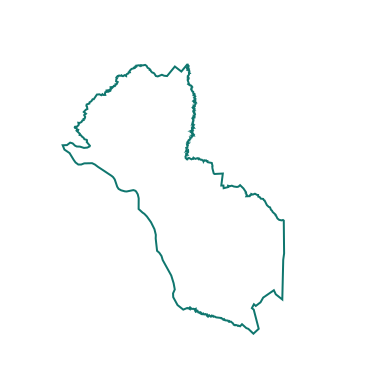 La Paz, Entre Ríos, Argentina (Natural Earth projection), rotated 307°
{"feature_id": "61730980B80741205900311", "entity_name": "La Paz", "entity_type": "district", "adm_level": 2, "iso_a3": "ARG", "parent_name": "Argentina", "parent_adm1": "Entre Ríos", "projection": "natural_earth1", "projection_center": [-59.387, -30.91], "detail": "fine", "context": "isolated", "style": "outline", "palette": "teal", "viewbox_px": 384, "rotation_deg": 307, "n_neighbors": 0, "source": "geoboundaries", "source_scale": "gbopen_adm2", "svg_char_len": 5997}
<svg xmlns="http://www.w3.org/2000/svg" viewBox="0 0 384 384"><g transform="rotate(307 192 192)"><path d="M160.5,328.8L192.7,305.7L198.4,302.5L224.4,282.5L224.4,281.5L223.3,280.7L222.2,278.4L222.3,276.1L223.5,273.8L223.6,272.8L224.2,272.5L224.6,268.4L225.2,267.2L225.4,265.6L226.7,263.6L226.3,262.4L226.6,259.7L228.9,255.1L228.7,254.5L229.3,253.0L228.1,250.9L228.7,249.1L228.2,247.7L229.4,246.6L228.8,245.6L228.5,243.3L226.5,242.1L226.1,240.5L225.1,240.9L224.2,240.2L223.4,240.6L221.3,238.0L222.6,237.7L222.8,236.8L224.1,235.5L223.9,235.2L224.4,235.0L225.8,231.0L226.4,226.3L224.3,225.9L223.1,224.9L221.6,222.2L221.0,220.0L219.5,218.8L218.7,217.1L217.8,218.0L214.1,215.0L216.1,213.2L214.8,211.5L225.3,205.5L220.0,199.2L219.9,198.2L223.0,194.3L224.6,192.8L225.1,192.8L227.1,190.3L225.3,186.7L225.3,186.2L226.0,185.7L225.5,185.0L225.7,184.1L224.8,183.5L224.7,182.7L223.6,182.8L223.9,182.5L223.5,181.6L223.7,180.4L222.9,179.3L223.0,177.4L222.2,177.5L222.2,175.9L220.5,174.8L220.3,173.4L219.6,173.2L219.9,172.5L219.0,172.6L217.8,171.9L217.4,169.1L216.4,168.5L215.3,168.7L215.0,168.1L215.5,167.7L215.3,166.5L216.5,165.4L217.7,165.3L218.5,164.7L218.5,165.3L218.9,165.0L219.1,165.5L219.4,164.7L221.1,164.9L221.2,163.9L222.2,164.4L223.0,163.7L221.7,162.9L222.1,162.9L221.8,162.4L222.7,162.1L223.8,160.9L224.5,161.7L225.3,161.2L226.9,159.5L227.1,160.1L227.5,159.6L228.4,159.8L228.0,159.3L229.1,159.2L229.0,158.3L230.8,158.3L231.4,158.8L231.6,158.2L233.5,158.7L234.0,158.2L234.5,158.4L234.7,157.9L235.3,158.8L236.9,158.5L237.3,159.2L237.2,158.4L237.9,159.2L238.0,158.5L238.9,158.9L239.2,157.7L238.7,157.9L238.6,157.0L239.2,156.8L239.2,156.1L239.7,156.6L240.6,156.1L239.4,155.5L240.2,155.7L240.7,155.3L240.2,154.4L241.8,155.3L241.9,154.6L242.6,154.6L242.6,153.8L243.7,153.2L244.1,153.3L243.6,153.8L244.0,154.3L244.0,153.6L244.7,154.1L245.0,153.1L246.2,153.1L245.8,152.5L246.6,152.0L246.1,151.5L246.7,151.4L247.0,151.8L247.2,150.9L248.6,150.8L248.6,150.4L250.3,150.0L250.3,149.4L251.1,149.1L250.7,148.9L251.0,148.2L251.4,148.5L251.5,148.0L253.1,147.7L253.3,148.4L253.8,147.7L254.1,148.4L255.0,147.6L256.4,147.9L255.8,147.4L256.4,147.0L256.1,146.3L256.7,145.2L257.0,145.6L257.7,144.4L258.4,144.9L258.4,144.3L259.3,144.3L259.4,143.2L260.1,143.4L259.9,141.7L260.3,141.7L260.4,142.1L261.5,141.5L261.3,142.3L262.1,142.7L262.9,142.0L264.3,141.9L265.0,141.3L265.0,140.8L265.7,141.4L265.9,140.8L265.1,140.0L265.8,139.7L265.8,139.4L265.5,139.6L265.2,139.5L265.5,139.5L265.4,138.3L266.6,138.6L267.0,139.6L268.5,138.6L268.2,137.7L269.2,137.3L269.1,136.8L270.4,137.0L270.6,135.7L271.1,135.5L270.5,134.9L271.7,134.5L271.4,133.8L272.8,132.6L272.5,131.8L273.2,130.2L274.1,129.7L273.9,129.3L275.2,128.8L276.0,129.0L276.5,127.4L276.0,126.7L276.3,125.5L275.9,125.3L275.9,124.0L276.8,124.1L278.7,121.3L279.6,121.3L279.7,120.6L281.0,120.8L281.2,119.5L281.7,119.6L282.1,118.9L283.8,119.0L284.8,118.3L285.5,118.7L285.7,117.6L286.7,117.4L287.4,116.6L287.1,116.1L287.7,115.8L287.2,115.2L287.7,115.2L287.4,114.8L287.8,114.1L287.4,114.1L287.9,113.3L288.9,113.4L288.7,114.4L290.6,113.5L290.5,112.6L290.8,112.6L291.2,111.9L290.8,111.4L281.8,111.0L281.9,102.8L269.6,102.3L268.1,99.8L267.5,97.4L263.7,95.1L262.9,93.3L263.9,90.7L264.0,89.6L263.5,88.5L263.7,86.7L264.4,85.4L264.0,84.7L264.8,84.0L264.5,81.8L265.4,79.8L265.3,78.1L263.4,76.4L262.9,75.4L262.2,75.4L262.2,74.7L261.4,74.7L261.4,73.5L259.4,71.5L259.0,71.9L258.3,71.4L258.1,71.9L256.6,70.9L256.3,71.5L254.0,69.7L252.4,69.4L250.7,69.4L250.2,70.3L249.3,69.4L248.3,69.8L247.2,69.1L246.0,68.9L245.0,69.6L244.7,67.8L243.0,67.2L242.6,66.4L242.8,65.5L242.0,65.2L241.1,63.6L240.0,63.6L239.8,62.8L237.9,62.7L237.6,63.7L236.7,63.6L234.7,64.8L235.1,66.5L232.8,66.9L231.9,66.0L231.0,66.7L230.0,66.6L229.7,65.7L228.4,65.7L226.7,63.9L226.2,64.4L226.6,65.5L224.7,65.2L224.6,64.8L223.9,64.6L224.2,65.7L223.7,65.9L221.5,64.7L221.3,64.0L222.3,63.3L221.6,62.6L220.5,63.5L219.6,62.7L218.2,63.2L217.3,64.3L216.0,62.6L216.2,61.6L214.7,61.3L214.3,59.3L212.6,57.4L206.9,57.7L206.2,56.8L204.0,57.0L201.9,56.2L200.9,56.8L198.5,55.2L197.2,55.8L197.0,56.7L195.3,58.5L193.8,57.7L190.8,57.4L190.7,60.2L188.5,59.6L187.7,61.5L186.0,62.1L185.1,61.4L184.2,62.2L183.3,61.4L181.4,61.6L179.5,60.7L178.9,59.6L177.6,61.1L175.2,60.9L173.7,59.3L173.1,59.4L172.8,60.0L173.4,61.4L172.8,62.5L173.2,63.7L172.9,63.8L172.3,62.7L171.5,62.8L171.0,67.4L169.9,67.9L170.5,69.2L170.0,71.0L170.1,72.6L169.4,74.3L170.3,76.6L169.5,77.6L168.6,77.8L167.5,82.6L166.8,82.8L164.5,81.7L162.2,79.2L160.8,75.2L159.0,72.6L158.6,70.8L159.0,67.4L158.1,65.0L154.2,63.9L151.5,60.6L149.1,64.6L149.4,70.8L146.4,78.3L145.5,81.2L145.5,84.6L147.3,87.0L150.0,88.7L154.9,94.9L155.5,98.0L155.5,101.7L156.5,118.0L156.4,120.1L155.5,122.8L151.2,129.1L150.3,131.5L150.7,134.4L152.2,138.2L153.2,139.6L158.2,144.0L158.8,145.6L158.8,147.0L157.5,150.1L154.9,153.2L146.3,159.6L145.8,164.9L145.9,167.0L145.3,170.7L143.2,177.4L139.7,184.4L136.0,188.9L133.0,191.0L124.0,199.5L123.8,202.4L122.5,206.2L120.0,209.6L112.8,225.7L108.1,232.2L103.8,236.9L99.6,237.9L96.7,240.3L93.0,248.5L92.8,255.8L96.5,258.0L96.6,258.8L97.5,259.4L97.1,260.1L97.2,260.9L97.6,260.7L97.8,259.7L98.7,259.8L98.5,262.2L99.7,263.6L99.8,264.4L100.9,265.2L100.1,265.6L100.2,266.4L99.5,266.0L99.4,266.9L98.8,266.6L98.6,267.1L100.4,268.0L99.6,269.4L99.9,270.3L100.4,270.3L100.9,270.9L100.4,271.4L101.0,271.8L100.8,273.1L100.3,273.2L100.9,274.2L101.7,274.2L101.6,275.5L102.6,276.2L102.6,277.2L103.3,277.6L102.9,278.7L102.2,278.6L102.1,279.8L103.9,279.9L103.7,281.7L105.0,282.1L104.6,282.7L105.7,283.4L105.4,284.3L106.2,285.0L106.4,286.7L109.0,291.2L108.7,291.5L109.2,293.0L108.8,293.9L109.2,294.7L109.7,294.6L109.5,295.8L110.9,298.0L110.6,299.1L111.3,299.5L110.9,300.1L111.9,301.1L111.7,304.0L111.1,305.1L111.4,306.5L111.8,306.5L112.6,307.9L112.7,309.4L113.3,309.6L113.7,311.2L116.5,311.5L116.0,317.3L116.6,319.3L115.8,326.3L122.9,327.6L135.2,312.1L135.3,309.7L139.6,309.0L139.4,311.5L145.2,313.1L150.5,312.4L162.8,316.5L160.7,320.5L160.5,328.8Z" fill="none" stroke="#0f766e" stroke-width="2"/></g></svg>